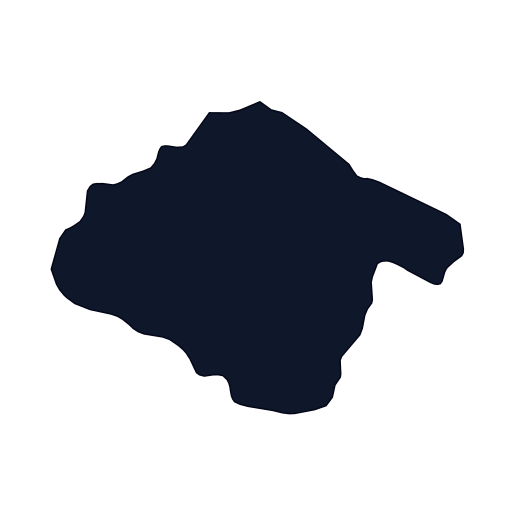 Ang Thong, Natural Earth projection, rotated 298°
{"feature_id": "THA-406", "entity_name": "Ang Thong", "entity_type": "Province", "adm_level": 1, "iso_a3": "THA", "parent_name": "Thailand", "parent_adm1": "", "projection": "natural_earth1", "projection_center": [100.34, 14.618], "detail": "fine", "context": "isolated", "style": "filled", "palette": "ink", "viewbox_px": 512, "rotation_deg": 298, "n_neighbors": 0, "source": "natural_earth", "source_scale": "10m", "svg_char_len": 1678}
<svg xmlns="http://www.w3.org/2000/svg" viewBox="0 0 512 512"><g transform="rotate(298 256 256)"><path d="M167.1,389.7L156.7,388.1L147.8,379.8L135.1,364.0L132.4,359.3L130.0,353.0L127.5,343.2L119.5,319.5L117.6,311.4L117.3,305.5L118.8,302.6L120.8,300.2L125.5,296.4L128.0,294.7L130.8,292.0L133.2,288.8L134.9,283.1L133.5,278.4L130.8,273.6L125.7,266.7L124.6,262.0L125.1,258.2L134.4,245.8L135.9,242.9L137.5,240.2L139.2,235.6L140.6,229.5L141.8,218.8L140.7,211.5L134.7,193.8L133.9,187.7L134.4,181.7L135.9,176.6L137.6,167.7L137.8,161.9L136.7,155.1L130.9,134.8L129.0,118.4L130.4,108.9L131.3,105.3L134.0,98.7L137.4,93.2L148.3,81.4L179.4,74.6L189.7,75.8L192.8,78.3L196.9,81.0L203.9,84.6L210.1,85.3L214.2,84.8L234.4,76.7L239.6,77.0L242.9,78.5L244.9,81.1L248.0,86.8L251.6,96.5L254.4,99.6L258.2,102.6L265.9,106.0L270.2,108.9L277.6,116.3L284.3,121.8L289.7,123.0L295.1,123.0L302.1,121.3L305.3,121.0L307.9,121.3L308.4,121.6L308.8,121.9L310.6,124.2L311.8,126.8L314.7,135.0L318.0,140.4L321.2,142.3L360.5,147.6L369.5,164.8L377.1,173.3L394.0,187.1L392.1,200.7L394.7,211.7L391.7,240.9L380.5,295.1L376.9,301.3L373.9,307.5L374.1,311.7L374.9,315.2L376.6,318.0L378.0,323.2L379.0,330.3L381.9,404.6L379.8,421.2L359.4,435.9L356.1,437.4L352.7,437.4L344.0,433.2L335.6,430.2L333.7,430.0L330.5,430.1L320.9,432.1L318.1,431.7L316.1,429.5L315.0,426.4L314.6,422.2L314.6,396.4L315.2,392.3L315.0,383.8L314.7,380.1L314.0,376.1L313.4,374.4L312.3,372.4L310.8,370.0L308.6,368.0L306.1,366.7L292.0,368.5L286.9,370.0L271.9,379.3L268.9,380.2L261.5,379.2L254.9,379.8L242.0,383.8L235.1,384.7L207.6,378.7L203.4,379.2L191.6,386.2L188.5,387.3L179.1,386.3L167.1,389.7Z" fill="#0f172a" stroke="#020617" stroke-width="1.5"/></g></svg>